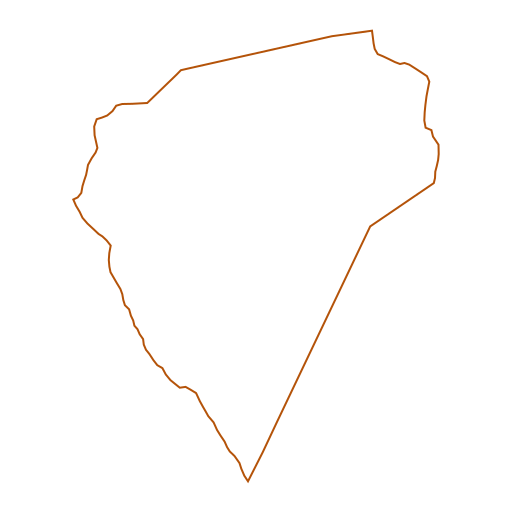 Candiba, Bahia, Brazil (Natural Earth projection)
{"feature_id": "56859067B67579783973677", "entity_name": "Candiba", "entity_type": "district", "adm_level": 2, "iso_a3": "BRA", "parent_name": "Brazil", "parent_adm1": "Bahia", "projection": "natural_earth1", "projection_center": [-42.851, -14.43], "detail": "fine", "context": "isolated", "style": "outline", "palette": "amber", "viewbox_px": 512, "rotation_deg": 0, "n_neighbors": 0, "source": "geoboundaries", "source_scale": "gbopen_adm2", "svg_char_len": 1475}
<svg xmlns="http://www.w3.org/2000/svg" viewBox="0 0 512 512"><path d="M435.0,178.1L435.3,171.6L436.7,166.3L438.1,160.1L438.7,154.1L438.5,144.7L433.0,136.6L431.4,130.1L425.6,127.7L424.3,120.5L424.7,112.1L425.4,104.9L426.5,96.3L427.7,89.9L429.3,81.7L427.0,76.2L421.3,72.4L415.8,68.8L409.2,64.6L404.5,63.0L400.0,64.0L395.0,62.1L389.1,59.2L383.0,56.3L377.7,54.1L374.7,48.9L373.6,43.4L372.9,37.7L372.0,30.7L332.0,36.2L321.7,38.5L308.8,41.4L187.8,68.6L180.9,70.2L176.6,74.6L147.2,103.0L132.3,103.8L122.2,104.0L116.2,105.7L112.5,111.1L107.2,115.5L101.9,117.6L96.7,119.2L94.2,126.5L94.6,135.3L96.2,142.5L97.4,147.9L95.6,152.5L91.7,158.2L88.0,164.9L87.1,169.9L86.1,174.9L84.3,180.2L82.5,186.1L81.3,192.9L77.7,197.4L73.3,199.5L76.0,205.7L79.7,211.9L82.5,217.8L87.4,223.5L94.4,230.0L98.5,233.9L102.4,236.4L106.6,240.4L110.7,245.6L109.3,253.1L108.8,260.0L109.4,266.7L110.5,272.2L116.7,282.9L120.4,289.0L122.3,294.2L123.3,300.0L124.9,305.2L129.1,309.3L130.9,315.7L133.2,320.5L134.4,325.7L137.5,329.2L139.7,334.3L143.1,339.1L143.8,344.7L146.0,349.8L149.3,353.9L153.5,360.3L157.3,365.2L162.4,368.1L165.8,374.5L170.5,380.2L175.2,384.0L179.8,387.7L185.6,386.9L190.4,389.6L196.1,393.1L199.8,401.1L203.0,406.9L205.5,411.2L208.3,416.2L213.6,422.4L217.0,429.9L220.4,435.4L224.6,441.6L227.1,447.2L229.8,451.5L234.5,456.0L239.5,463.1L241.3,468.7L244.3,475.7L248.0,481.3L262.7,452.3L277.1,421.7L340.6,288.5L370.2,226.4L433.8,183.1L435.0,178.1Z" fill="none" stroke="#b45309" stroke-width="2"/></svg>